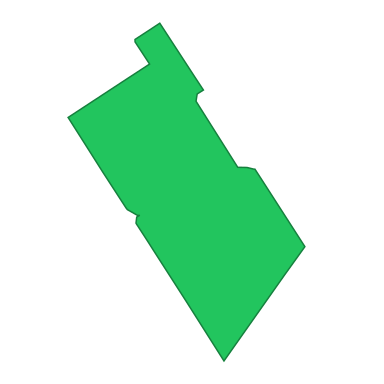 Bernalillo, New Mexico, United States of America (Albers equal-area conic projection), rotated 237°
{"feature_id": "52423323B92421028430791", "entity_name": "Bernalillo", "entity_type": "district", "adm_level": 2, "iso_a3": "USA", "parent_name": "United States of America", "parent_adm1": "New Mexico", "projection": "albers", "projection_center": [-106.564, 35.045], "detail": "fine", "context": "isolated", "style": "filled", "palette": "green", "viewbox_px": 384, "rotation_deg": 237, "n_neighbors": 0, "source": "geoboundaries", "source_scale": "gbopen_adm2", "svg_char_len": 647}
<svg xmlns="http://www.w3.org/2000/svg" viewBox="0 0 384 384"><g transform="rotate(237 192 192)"><path d="M322.3,193.9L322.0,128.7L274.0,128.2L256.7,128.0L243.1,128.0L221.9,128.0L216.0,128.0L214.4,128.0L212.4,128.2L202.0,133.6L200.9,135.5L201.1,132.0L196.4,128.1L195.5,128.0L194.6,128.0L184.7,128.0L174.9,128.0L164.6,127.9L104.2,127.6L32.9,126.8L72.0,224.4L84.5,256.5L84.7,256.9L163.3,257.2L176.9,257.2L177.4,256.4L182.6,251.5L187.8,243.8L265.9,244.8L270.5,248.9L271.4,249.8L271.3,257.1L286.9,257.0L351.1,256.9L351.0,238.7L351.0,227.3L348.9,226.0L325.1,226.1L322.4,226.1L322.3,193.9Z" fill="#22c55e" stroke="#15803d" stroke-width="1.5"/></g></svg>